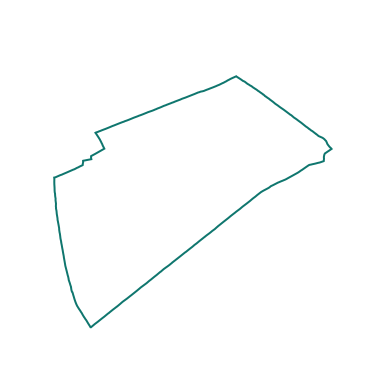 outline of Bang Khae, Bangkok Metropolis, Thailand, rotated 251°
{"feature_id": "78962969B64329347166789", "entity_name": "Bang Khae", "entity_type": "district", "adm_level": 2, "iso_a3": "THA", "parent_name": "Thailand", "parent_adm1": "Bangkok Metropolis", "projection": "equal_earth", "projection_center": [100.397, 13.711], "detail": "fine", "context": "isolated", "style": "outline", "palette": "teal", "viewbox_px": 384, "rotation_deg": 251, "n_neighbors": 0, "source": "geoboundaries", "source_scale": "gbopen_adm2", "svg_char_len": 5577}
<svg xmlns="http://www.w3.org/2000/svg" viewBox="0 0 384 384"><g transform="rotate(251 192 192)"><path d="M287.0,271.5L286.8,269.4L286.7,268.2L286.4,265.3L286.1,263.6L286.0,262.7L285.9,262.3L285.9,261.9L285.7,261.2L285.5,260.3L285.4,259.4L285.0,257.1L285.0,256.4L284.5,252.6L284.4,250.3L284.3,249.7L284.1,246.0L284.0,242.7L283.9,241.0L283.9,239.7L283.8,237.6L283.7,236.1L283.8,234.8L284.1,232.7L284.0,231.5L284.1,230.2L283.8,225.7L283.8,225.3L283.4,216.4L283.4,213.1L283.2,211.0L283.1,207.4L283.0,204.6L282.9,204.2L282.9,201.5L282.8,200.8L282.8,199.6L282.7,197.0L282.7,196.3L282.6,195.8L282.6,193.2L282.5,192.4L282.4,191.2L282.3,190.0L282.2,187.7L282.2,186.8L282.0,184.8L282.0,183.7L281.9,183.1L281.8,181.0L281.8,178.0L281.8,177.6L281.8,176.9L281.8,176.2L281.7,175.0L281.6,173.0L281.5,171.3L281.4,168.6L281.4,168.4L281.4,166.5L281.3,165.5L281.2,161.2L281.0,158.1L281.0,157.9L280.9,156.4L280.8,153.7L280.8,151.2L280.7,150.9L280.7,148.6L280.6,145.9L280.4,141.7L280.3,139.7L280.3,139.2L280.3,138.6L280.1,135.8L280.0,134.2L279.9,132.3L279.8,130.4L279.8,130.0L279.8,129.5L279.7,126.7L279.6,125.2L279.6,123.8L279.5,123.0L279.5,122.6L279.5,121.9L279.5,121.5L279.5,121.3L279.5,120.9L279.5,120.3L279.4,120.0L279.2,120.1L274.9,121.2L272.4,121.8L272.0,121.9L268.6,122.4L267.5,122.5L266.4,122.7L265.1,122.7L263.2,123.0L261.5,123.2L259.6,113.1L258.8,108.3L257.9,107.9L256.5,107.6L255.8,107.5L256.2,104.7L256.4,103.4L256.9,99.6L257.0,99.4L257.0,99.2L256.4,99.0L256.2,98.9L255.2,98.6L254.6,98.1L253.9,97.8L253.1,97.5L253.0,97.4L252.6,93.7L252.5,93.4L252.3,91.9L252.3,91.5L252.3,91.4L252.2,90.5L252.1,90.1L251.9,88.9L251.8,88.1L251.8,87.3L251.8,87.0L251.7,85.8L251.4,82.0L251.3,80.9L250.9,75.5L250.8,74.8L250.8,72.8L250.7,71.6L250.5,69.3L250.4,68.1L250.4,67.2L250.5,66.4L249.2,66.1L248.1,65.7L247.8,65.6L247.5,65.5L246.2,65.0L245.8,64.9L244.3,64.4L240.7,63.4L237.9,62.5L236.3,62.1L235.2,62.0L232.7,61.3L229.9,60.8L229.7,60.7L229.0,60.4L228.2,60.2L226.3,59.8L225.3,59.6L222.7,58.6L222.2,58.5L221.6,58.4L220.9,58.1L219.6,57.9L218.8,57.8L218.7,57.8L217.7,57.6L215.3,57.0L215.2,57.0L214.7,56.9L214.1,56.8L213.4,56.7L212.4,56.5L211.1,56.3L209.3,55.8L208.3,55.7L203.6,55.0L201.1,54.6L199.4,54.1L196.7,53.6L195.6,53.5L193.6,53.1L190.8,52.5L188.3,52.2L187.0,52.0L186.9,51.9L183.9,51.5L181.5,51.1L179.3,50.8L179.2,50.8L178.2,50.6L175.0,50.1L174.9,50.1L173.6,49.9L172.9,49.8L171.6,49.5L171.4,49.5L168.9,49.1L167.6,48.9L163.4,48.2L157.2,47.7L156.2,47.6L155.1,47.5L154.9,47.5L154.3,47.4L152.0,47.3L150.5,47.1L150.3,47.1L149.0,46.8L145.6,46.8L143.5,46.7L142.0,46.7L141.5,46.7L141.4,46.6L138.6,46.1L136.7,46.0L136.3,46.3L135.8,46.3L135.0,46.3L133.6,46.2L130.9,46.1L128.9,46.0L125.1,46.0L124.5,46.1L123.4,46.1L123.2,46.1L122.9,46.2L121.7,46.3L121.3,46.4L118.6,47.0L115.7,47.8L115.4,47.8L113.2,48.4L112.8,48.5L112.3,48.5L108.9,49.2L108.8,49.3L107.1,49.7L106.7,49.8L105.1,50.3L101.7,51.0L97.9,51.9L97.2,52.0L97.0,52.4L97.1,52.7L98.8,57.1L100.1,61.1L100.2,61.3L101.8,65.8L101.9,66.1L102.7,68.5L104.4,73.0L104.8,74.4L104.9,74.5L106.5,78.9L108.5,84.9L109.7,88.0L110.0,88.7L110.8,90.7L112.0,94.6L112.4,95.9L113.9,100.1L114.0,100.5L116.6,107.8L117.6,110.4L117.7,110.7L118.4,112.4L120.6,119.4L122.0,122.9L122.4,124.2L124.1,128.8L125.1,131.7L126.7,135.8L126.8,136.4L128.3,140.1L129.0,142.4L129.1,142.7L129.7,144.8L129.8,145.1L130.6,147.6L131.0,148.4L131.2,149.3L131.8,150.5L131.9,150.9L134.8,159.3L137.1,165.7L137.4,166.9L138.5,169.9L139.3,172.2L140.0,174.3L140.7,176.1L141.1,177.0L141.9,179.6L143.2,183.0L146.2,191.5L146.3,191.8L147.3,195.0L147.9,196.7L148.6,198.5L149.2,200.5L149.6,201.7L150.6,204.0L150.9,204.9L151.1,205.2L151.8,207.2L152.6,209.4L153.6,212.2L155.5,217.7L156.7,220.8L157.7,223.7L158.4,225.8L159.0,227.4L160.4,231.8L161.2,233.8L161.7,235.1L163.3,240.0L164.8,244.3L165.3,245.5L166.1,247.6L167.0,250.4L167.9,252.7L169.3,256.8L169.5,257.4L169.6,258.0L169.8,258.8L170.1,260.5L170.3,261.8L170.4,262.5L170.8,265.0L170.9,265.6L171.0,266.1L171.1,266.4L171.4,267.4L171.8,268.3L172.1,270.9L172.9,276.4L172.9,276.9L173.1,279.5L173.2,281.8L173.3,283.1L173.3,283.5L173.4,284.6L173.6,285.9L173.8,286.9L174.3,289.8L175.6,297.2L175.8,298.3L176.3,300.3L176.7,301.5L177.1,303.3L177.8,305.7L178.2,307.1L179.3,311.0L179.3,311.4L179.4,311.6L179.4,312.0L179.2,313.3L179.1,314.4L178.7,318.0L178.5,320.7L178.4,321.6L178.3,322.2L178.3,324.0L178.3,326.6L179.3,327.1L181.0,327.8L181.3,327.8L182.4,328.2L184.1,329.2L184.8,329.8L185.2,330.3L185.5,331.5L186.1,333.6L186.4,334.8L187.3,338.0L187.6,337.9L188.3,337.6L188.7,337.4L189.0,337.2L190.3,336.6L193.0,335.7L193.8,335.6L194.0,335.6L194.3,335.6L196.5,335.4L196.9,335.2L197.7,334.8L198.3,334.6L199.1,334.2L200.7,333.1L202.3,331.4L203.7,329.9L205.4,328.9L206.8,328.0L206.8,327.9L207.0,327.8L210.4,325.6L211.4,324.7L212.4,324.1L213.6,323.3L213.6,323.2L215.6,322.0L215.9,321.7L217.0,320.9L221.8,317.9L222.8,317.2L224.8,315.8L226.9,314.4L229.4,312.5L231.2,311.5L231.3,311.4L232.1,311.0L233.5,309.8L233.7,309.7L233.9,309.6L237.9,306.9L240.1,305.4L243.6,302.8L246.0,301.2L248.4,299.4L249.3,298.9L251.4,297.6L251.8,297.3L252.7,296.7L254.1,295.7L254.6,295.5L255.2,295.0L255.5,294.9L256.5,294.0L257.4,293.5L257.7,293.2L258.3,292.8L258.4,292.7L258.5,292.7L258.8,292.4L259.0,292.2L259.8,291.9L261.1,291.1L261.2,290.9L261.3,290.9L263.2,289.6L263.5,289.3L264.1,288.9L264.4,288.7L265.2,288.2L265.8,287.6L266.0,287.5L267.4,286.6L268.7,285.6L268.9,285.4L269.7,284.8L271.1,283.7L272.7,282.7L273.7,281.7L274.5,281.1L275.2,280.6L275.8,280.0L276.6,279.4L278.8,278.0L279.3,277.6L280.0,276.9L280.4,276.4L282.8,274.7L286.6,271.7L287.0,271.5Z" fill="none" stroke="#0f766e" stroke-width="2"/></g></svg>